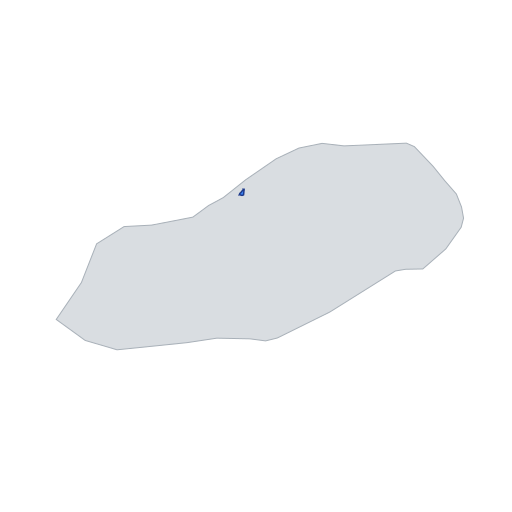 location of 64, Ad Dawhah, Qatar, rotated 248°
{"feature_id": "91078587B90572776822782", "entity_name": "64", "entity_type": "district", "adm_level": 2, "iso_a3": "QAT", "parent_name": "Qatar", "parent_adm1": "Ad Dawhah", "projection": "equal_earth", "projection_center": [51.513, 25.317], "detail": "fine", "context": "in_parent", "style": "filled", "palette": "blue", "viewbox_px": 512, "rotation_deg": 248, "n_neighbors": 0, "source": "geoboundaries", "source_scale": "gbopen_adm2", "svg_char_len": 985}
<svg xmlns="http://www.w3.org/2000/svg" viewBox="0 0 512 512"><g transform="rotate(248 256 256)"><path d="M272.8,453.8L255.1,459.2L238.4,465.0L224.4,464.9L213.3,462.6L205.8,457.0L191.5,434.7L181.5,405.8L187.7,389.6L189.9,379.6L176.4,303.4L172.0,245.0L173.7,233.1L181.5,219.3L194.5,188.9L201.5,159.6L221.1,92.0L241.7,66.0L272.0,47.0L296.8,84.2L327.0,112.8L332.7,144.7L323.8,170.6L315.7,212.0L320.6,231.1L322.4,247.5L330.6,275.2L338.6,311.2L340.0,336.2L335.7,359.4L325.1,378.9L304.3,437.7L298.1,443.8L272.8,453.8Z" fill="#d9dde1" stroke="#a8b0b8" stroke-width="1"/><path d="M319.0,263.4L318.9,263.8L318.6,264.3L318.4,264.5L317.9,265.0L317.5,265.7L317.3,266.5L317.4,267.4L317.6,267.5L318.7,268.1L319.7,268.6L320.9,269.2L321.9,269.8L322.1,269.9L322.1,269.7L322.2,269.4L322.3,269.3L322.2,269.3L322.3,269.2L322.4,269.3L322.5,269.3L322.5,269.2L322.4,269.1L321.2,266.9L320.8,266.2L320.6,265.9L320.1,264.5L319.4,263.8L319.0,263.4Z" fill="#3b82f6" stroke="#1e3a8a" stroke-width="1.5"/></g></svg>